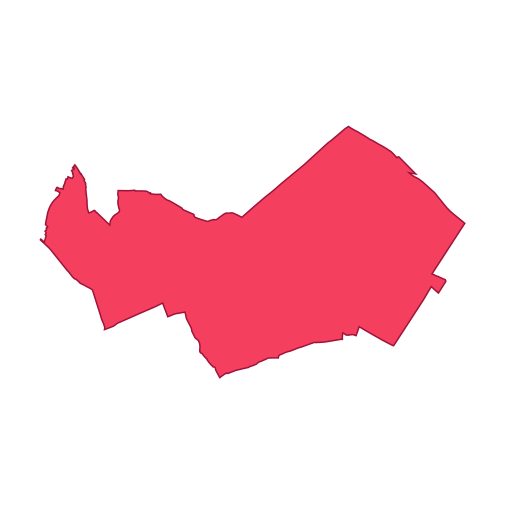 Mischii, Dolj, Romania (Robinson projection), rotated 262°
{"feature_id": "2599482B32935756416013", "entity_name": "Mischii", "entity_type": "district", "adm_level": 2, "iso_a3": "ROU", "parent_name": "Romania", "parent_adm1": "Dolj", "projection": "robinson", "projection_center": [23.877, 44.421], "detail": "fine", "context": "isolated", "style": "filled", "palette": "rose", "viewbox_px": 512, "rotation_deg": 262, "n_neighbors": 0, "source": "geoboundaries", "source_scale": "gbopen_adm2", "svg_char_len": 5875}
<svg xmlns="http://www.w3.org/2000/svg" viewBox="0 0 512 512"><g transform="rotate(262 256 256)"><path d="M319.9,284.6L317.5,280.8L312.7,272.6L305.2,260.9L296.3,247.4L299.4,242.9L301.8,239.1L302.1,237.7L302.2,237.1L302.1,236.5L302.1,235.9L302.3,235.1L302.3,234.4L302.5,233.7L302.6,232.7L302.6,232.0L301.8,229.7L300.6,227.6L299.6,225.5L299.0,224.4L297.9,222.7L297.5,221.6L297.5,220.5L297.8,219.8L297.9,219.3L297.9,218.2L297.6,215.7L297.1,213.8L297.0,213.2L297.2,212.3L299.9,206.4L302.7,201.1L303.4,200.7L304.4,200.3L305.7,200.3L306.1,199.8L311.7,190.7L312.6,189.8L313.4,189.5L314.1,188.9L318.6,183.3L322.0,178.9L322.9,177.6L323.3,176.9L323.6,176.1L325.2,174.2L327.8,171.8L329.4,170.8L330.2,170.5L330.4,170.3L330.4,170.0L331.1,164.4L332.4,159.9L333.2,160.2L333.2,159.3L333.9,158.7L334.2,158.3L334.9,157.4L335.2,156.9L335.4,156.3L335.8,155.2L337.3,145.3L338.0,145.1L338.4,138.7L340.0,128.6L338.0,128.1L336.7,127.8L336.0,127.7L334.6,127.9L334.0,128.1L333.7,127.9L331.9,127.7L331.5,127.7L331.1,127.4L329.8,126.9L327.3,126.6L326.4,126.6L323.8,126.8L322.5,126.8L322.0,127.0L321.8,127.1L320.9,127.2L320.2,127.2L319.1,126.7L318.7,126.5L318.2,125.9L317.4,124.4L316.5,122.4L315.8,121.1L315.3,120.5L314.8,119.9L313.9,119.1L313.6,118.8L311.8,117.2L311.2,116.8L309.8,116.2L309.3,116.2L308.5,115.9L307.9,115.6L307.7,115.5L307.3,115.6L307.0,115.5L321.1,104.4L321.3,104.3L321.4,104.0L321.6,103.8L322.7,103.1L323.5,102.6L323.6,102.4L323.7,102.2L323.6,101.9L323.2,100.7L322.7,99.5L322.2,97.8L322.0,96.5L322.6,96.3L323.1,96.2L324.4,96.0L326.3,95.7L327.2,95.7L327.9,95.8L329.8,95.8L332.2,96.1L334.9,96.4L335.9,96.4L338.2,96.5L341.7,96.5L346.2,96.8L346.8,96.9L347.6,97.3L347.8,97.3L348.1,97.3L349.0,97.1L349.4,97.1L350.1,97.2L350.8,97.4L351.5,97.4L352.9,97.0L354.8,96.2L355.6,96.9L361.5,94.2L361.4,93.8L361.9,93.6L362.2,93.9L362.5,93.4L364.0,92.9L366.9,91.6L369.4,90.5L371.5,89.3L368.3,86.1L369.2,87.7L369.2,87.8L368.9,88.0L368.3,88.1L368.1,87.8L367.1,87.7L366.5,85.7L366.4,85.3L366.3,85.2L364.5,86.0L364.1,86.1L363.8,86.1L363.7,86.1L363.7,85.9L363.4,85.9L363.2,86.0L362.3,86.0L361.8,86.2L361.1,86.2L360.5,86.1L360.0,86.2L358.5,84.6L360.6,80.8L359.6,80.5L358.7,80.3L358.5,79.6L358.5,79.1L358.6,78.9L358.8,78.7L357.4,78.0L356.1,77.3L354.0,76.4L351.8,75.0L351.1,74.8L350.9,74.9L348.9,74.1L349.6,73.1L349.8,72.6L350.0,72.1L350.1,71.0L350.4,70.3L350.8,69.8L351.7,68.8L351.7,68.7L351.3,68.1L350.0,67.2L349.0,66.6L348.7,66.5L348.5,67.1L348.0,68.3L347.0,69.5L346.5,70.1L346.1,70.5L346.0,70.4L345.9,70.5L345.1,70.3L344.1,69.7L342.7,68.8L342.5,68.1L340.6,65.7L339.5,64.2L338.1,62.6L337.5,61.9L336.8,61.5L335.1,59.9L332.8,58.3L330.4,57.0L328.0,55.8L322.7,54.0L321.2,53.4L316.5,51.9L315.0,52.9L313.9,53.8L313.5,53.5L313.7,53.3L313.0,52.7L312.9,52.4L312.8,52.2L312.6,52.2L312.4,52.1L311.7,52.3L311.3,52.3L311.0,52.1L310.9,51.9L310.3,50.8L310.1,50.7L309.9,50.6L309.7,50.6L308.9,51.2L308.5,51.3L308.2,51.3L307.7,51.1L307.3,50.9L306.5,50.2L305.2,51.1L303.4,50.1L300.8,49.0L299.2,48.3L300.0,47.6L302.7,45.3L302.0,44.7L293.9,51.3L291.2,53.3L289.8,54.1L271.2,65.1L267.4,67.4L267.2,67.7L263.2,70.1L261.5,71.0L259.2,72.6L258.6,73.3L258.2,74.1L258.0,74.7L256.6,75.6L255.9,76.3L255.3,77.0L254.4,77.3L253.7,77.9L253.0,78.8L252.5,79.5L251.2,81.6L249.7,83.5L246.9,87.4L245.3,89.3L218.5,93.8L214.9,94.3L214.2,94.5L213.6,94.6L213.3,94.8L212.1,95.0L211.2,95.4L209.7,95.7L208.7,95.8L208.3,96.0L207.7,96.1L205.9,96.2L204.8,95.9L204.2,95.7L205.3,100.6L206.3,104.9L207.1,106.5L207.8,107.9L208.6,109.1L212.5,123.0L214.7,130.6L219.8,149.0L222.4,157.0L208.1,160.2L209.8,167.0L210.0,168.2L210.3,177.9L208.7,178.0L207.2,178.2L205.7,178.2L203.8,178.4L201.6,179.1L196.5,180.9L193.8,181.8L191.8,182.0L190.6,182.0L189.2,182.4L183.5,184.3L182.3,185.3L180.6,187.0L178.2,187.8L176.2,188.0L173.8,187.9L170.2,187.1L168.9,187.1L167.8,187.7L166.7,189.2L166.0,189.5L163.8,190.8L162.0,192.0L160.7,193.2L160.1,193.1L157.6,194.4L154.9,196.0L154.0,196.7L153.4,197.3L152.3,197.9L151.9,198.8L151.8,199.6L151.1,200.0L148.5,200.3L141.3,202.9L140.5,203.3L141.1,204.1L142.1,206.0L142.9,207.4L143.5,208.8L143.8,209.4L144.2,210.3L143.9,210.7L143.7,211.1L143.7,212.0L143.8,212.8L144.3,214.6L144.3,214.8L144.5,215.5L144.8,217.2L145.3,218.9L145.5,219.8L146.2,226.8L146.3,228.0L146.7,233.1L146.9,233.6L147.2,234.1L147.4,234.6L147.6,235.6L147.9,237.7L148.7,240.7L149.1,241.9L149.3,242.1L149.7,242.5L150.2,243.2L150.6,244.2L151.1,246.5L151.7,248.8L152.6,252.1L153.3,253.6L152.3,262.1L151.9,263.9L153.4,264.4L154.1,264.8L154.8,265.8L155.4,268.6L156.2,271.0L156.7,273.3L157.1,276.8L157.6,279.0L159.0,284.6L159.6,288.6L161.0,295.2L161.6,298.1L161.9,299.6L162.2,301.1L162.3,302.5L161.9,303.1L161.9,304.4L161.6,307.0L161.3,311.5L161.3,315.2L161.6,326.9L161.7,328.8L161.5,329.4L161.4,329.8L161.5,330.0L163.7,330.2L164.8,330.5L167.1,330.9L167.7,331.3L167.3,331.7L167.0,332.0L166.9,332.3L166.2,333.2L165.6,333.8L165.2,334.2L165.0,335.5L164.8,336.0L164.8,340.7L163.2,344.1L163.9,344.4L165.1,345.0L165.6,345.2L167.0,346.0L169.7,347.4L171.0,347.9L171.6,348.3L170.6,349.6L164.3,357.5L154.9,369.7L149.4,377.4L148.4,378.9L148.0,379.8L188.0,414.6L192.5,418.3L199.3,423.7L201.2,425.3L200.7,425.7L199.6,426.7L198.3,427.7L195.1,430.5L193.9,431.5L204.5,440.5L206.2,440.1L206.4,439.8L206.7,439.3L207.2,438.2L208.1,437.1L209.4,434.8L209.9,434.2L210.2,433.9L210.5,433.4L210.9,432.3L212.3,430.1L213.8,427.8L259.3,467.3L270.6,456.9L272.1,455.6L273.3,454.5L275.1,453.3L276.6,452.1L278.0,451.2L281.3,449.2L283.3,448.0L294.0,441.6L298.1,438.1L306.1,431.4L309.8,427.7L312.5,423.9L314.3,421.7L317.0,419.2L315.0,425.6L334.1,411.4L334.3,411.0L334.3,409.8L333.9,409.5L333.7,409.2L339.3,405.3L340.4,404.4L344.4,399.9L347.6,395.9L350.3,392.2L351.5,390.8L354.7,386.7L355.4,385.3L356.2,384.5L358.1,382.3L365.0,373.8L366.9,371.1L369.1,368.2L371.4,365.6L369.7,362.0L360.2,347.0L358.0,343.0L339.5,316.0L327.7,296.8L324.7,291.9L319.9,284.6Z" fill="#f43f5e" stroke="#9f1239" stroke-width="1.5"/></g></svg>